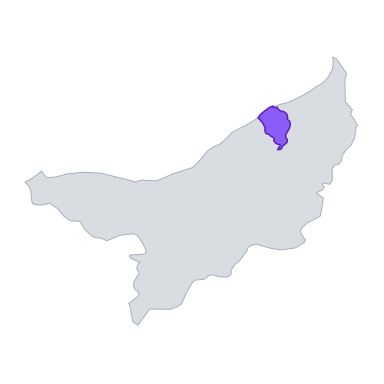 Glodeni on a map of Moldova (orthographic projection), rotated 89°
{"feature_id": "MDA-1621", "entity_name": "Glodeni", "entity_type": "District", "adm_level": 1, "iso_a3": "MDA", "parent_name": "Moldova", "parent_adm1": "", "projection": "orthographic", "projection_center": [27.543, 47.723], "detail": "fine", "context": "in_parent", "style": "filled", "palette": "violet", "viewbox_px": 384, "rotation_deg": 89, "n_neighbors": 0, "source": "natural_earth", "source_scale": "10m", "svg_char_len": 2513}
<svg xmlns="http://www.w3.org/2000/svg" viewBox="0 0 384 384"><g transform="rotate(89 192 192)"><path d="M59.8,48.9L61.4,45.2L76.7,35.1L80.6,36.8L88.5,37.3L104.6,37.0L112.6,30.3L117.4,32.2L121.4,29.1L128.1,25.3L129.0,26.1L129.9,26.7L140.2,28.4L147.9,32.1L153.1,37.7L158.4,41.1L163.9,42.4L167.0,45.2L167.6,49.5L172.8,51.6L182.5,51.4L186.7,54.2L185.3,59.9L186.3,61.8L189.7,59.8L192.3,61.4L193.8,65.6L195.4,67.6L200.2,60.9L205.5,61.5L218.2,64.1L225.2,77.6L229.5,82.5L233.2,84.4L237.9,82.2L242.0,79.5L244.4,80.7L249.7,89.6L251.2,101.4L251.2,106.2L249.6,114.3L247.1,122.9L245.2,128.5L246.2,133.0L248.1,136.7L251.2,137.9L261.3,145.2L265.1,150.4L270.6,154.2L274.7,154.3L276.9,156.4L277.7,159.0L277.3,165.8L275.2,172.2L275.6,176.3L279.3,181.0L279.9,186.6L280.2,190.1L282.2,192.9L291.6,198.8L303.6,204.4L306.8,209.4L308.9,215.8L308.6,226.7L308.1,236.2L324.2,248.5L322.5,250.9L320.1,253.6L305.2,256.0L302.2,257.2L295.4,247.7L291.9,246.6L288.8,250.2L285.1,252.3L280.5,251.5L275.6,248.6L273.1,246.6L271.1,246.4L268.1,248.6L264.0,247.8L261.3,245.4L257.7,253.7L255.4,255.5L253.9,255.2L253.4,241.4L252.2,239.3L249.2,239.1L241.9,242.5L235.1,246.9L232.8,250.7L233.1,257.5L234.3,265.6L239.3,277.9L236.8,283.3L235.1,291.9L227.7,299.9L219.3,304.6L218.7,314.0L214.0,320.5L206.0,327.0L200.7,334.7L202.1,340.0L202.5,345.0L201.6,348.4L201.4,351.0L199.3,352.2L186.9,353.3L183.4,355.0L179.4,358.7L175.5,351.7L171.5,345.7L168.6,342.4L169.8,340.9L172.9,339.1L175.1,337.1L174.8,329.8L173.1,321.5L171.6,317.4L171.4,311.1L170.3,301.2L171.6,282.9L177.6,259.9L180.9,248.4L179.2,242.2L180.3,227.5L177.6,220.3L173.4,210.9L167.4,190.4L160.0,183.3L150.9,175.5L147.1,169.6L144.5,163.1L139.1,156.6L132.9,150.7L125.6,135.8L121.8,129.0L120.6,127.2L112.3,117.7L108.0,109.0L105.8,101.9L104.5,95.4L98.8,82.4L93.5,72.6L88.6,65.7L86.3,60.7L80.5,54.5L72.2,49.5L66.8,48.6L59.8,48.9Z" fill="#d9dde1" stroke="#a8b0b8" stroke-width="1"/><path d="M119.2,124.5L119.1,124.1L116.8,123.2L114.7,121.1L109.9,114.7L108.2,111.8L107.5,109.4L109.2,109.0L109.2,108.3L108.8,107.5L109.0,106.3L108.7,105.4L109.6,105.0L110.9,104.1L112.1,103.0L112.8,101.0L113.2,98.8L115.7,95.8L118.6,95.1L121.1,95.3L123.2,92.9L126.5,92.6L129.9,93.4L136.6,97.4L139.2,97.1L141.3,95.8L143.9,96.0L147.8,100.6L150.2,101.7L151.0,103.3L151.1,105.4L149.2,104.7L147.6,102.9L146.3,103.3L145.6,105.9L143.9,108.2L141.7,109.5L140.5,108.9L139.4,109.0L137.5,112.4L136.6,113.3L135.7,114.2L134.7,117.1L131.9,118.1L129.0,117.8L123.8,120.3L119.2,124.5Z" fill="#8b5cf6" stroke="#5b21b6" stroke-width="1.5"/></g></svg>